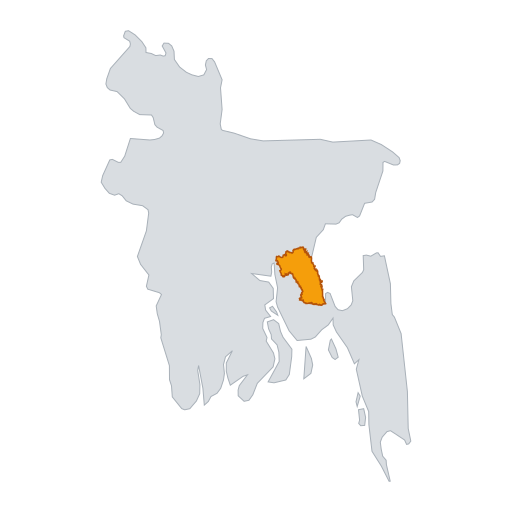 Comilla, Chittagong, Bangladesh shown in context
{"feature_id": "16705992B59490572634285", "entity_name": "Comilla", "entity_type": "district", "adm_level": 2, "iso_a3": "BGD", "parent_name": "Bangladesh", "parent_adm1": "Chittagong", "projection": "robinson", "projection_center": [90.953, 23.422], "detail": "fine", "context": "in_parent", "style": "filled", "palette": "amber", "viewbox_px": 512, "rotation_deg": 0, "n_neighbors": 0, "source": "geoboundaries", "source_scale": "gbopen_adm2", "svg_char_len": 9469}
<svg xmlns="http://www.w3.org/2000/svg" viewBox="0 0 512 512"><path d="M169.5,379.7L169.4,365.6L160.8,337.8L161.3,334.7L159.5,321.3L157.3,313.8L156.2,305.9L161.5,294.5L159.4,292.7L147.8,289.2L146.4,286.3L148.9,275.0L140.6,264.4L137.4,256.5L146.4,230.9L148.7,213.1L148.0,209.7L142.6,205.7L133.0,204.1L126.2,200.8L122.2,195.8L118.8,193.7L114.6,195.2L109.3,193.3L104.9,188.3L101.2,182.2L102.7,175.6L109.8,159.9L112.4,159.4L118.4,162.4L120.7,162.4L124.7,156.2L130.4,138.5L149.9,140.0L154.6,139.5L159.5,138.1L162.1,135.8L163.6,133.0L163.1,130.5L157.1,127.2L154.9,124.7L153.2,117.6L151.5,115.0L139.7,114.6L133.7,111.3L130.3,108.4L124.4,98.8L117.1,91.6L110.0,90.0L107.3,87.6L105.9,84.0L106.8,78.7L110.4,68.5L129.9,46.5L130.4,44.0L129.7,41.2L124.0,37.7L123.6,35.9L125.3,31.3L128.5,30.7L135.1,34.9L141.9,41.7L145.9,47.8L146.0,52.5L151.3,53.5L155.7,55.6L160.3,55.0L163.2,56.1L165.2,55.7L166.0,53.0L162.2,46.0L164.0,43.1L168.5,43.3L171.7,45.9L174.0,51.2L174.4,59.5L179.6,67.0L186.4,72.3L191.8,74.8L198.3,76.5L203.8,74.9L206.6,69.6L205.4,65.0L206.3,60.8L208.5,58.5L212.0,58.6L214.6,61.9L222.1,79.8L220.5,87.8L222.1,109.5L220.2,123.9L221.3,129.4L222.6,130.4L234.0,133.1L250.5,138.8L263.2,140.9L320.3,139.3L332.8,142.1L371.0,140.0L381.4,144.6L392.7,152.0L399.1,157.6L400.2,160.7L399.6,163.4L397.4,164.9L393.5,165.0L384.6,161.4L383.0,162.4L382.9,171.0L375.7,192.6L374.6,199.3L372.1,202.0L364.6,203.3L359.6,215.9L357.5,217.5L352.5,214.7L349.5,215.2L345.6,216.3L341.7,219.2L339.1,222.8L336.0,224.1L325.4,223.8L323.3,229.7L316.3,237.3L311.5,257.6L311.8,263.8L317.8,280.0L321.9,300.9L323.5,303.1L325.5,303.3L325.6,293.6L327.6,292.4L330.1,293.5L335.1,306.4L338.0,309.7L342.4,310.7L347.5,308.7L351.2,304.9L352.8,300.8L351.4,286.7L353.8,280.9L362.5,272.4L363.7,269.7L363.2,255.6L366.4,255.1L370.8,256.2L376.4,252.9L378.1,252.8L380.5,256.4L384.4,255.8L390.4,283.8L390.9,303.6L392.3,314.6L394.4,317.1L401.1,333.6L407.4,391.7L408.2,428.5L410.8,441.1L408.7,443.9L406.6,444.4L404.6,440.0L390.5,430.7L387.0,431.6L382.2,437.1L380.3,442.1L381.2,449.2L382.7,456.2L386.1,460.2L386.4,464.6L390.2,481.2L389.1,481.3L381.4,466.2L372.0,451.3L368.9,424.7L368.7,411.6L362.3,396.1L356.3,369.2L358.9,359.7L354.4,363.8L347.4,347.7L336.4,331.9L333.2,324.9L333.0,318.1L328.3,324.9L321.8,329.7L315.3,337.0L310.9,339.2L297.1,340.5L289.1,330.8L277.6,307.1L276.1,301.7L277.6,287.8L274.9,274.6L274.1,263.0L272.1,264.0L271.3,267.2L271.7,272.1L270.9,276.2L251.6,273.5L259.8,280.5L268.7,282.1L273.2,288.3L273.5,298.6L264.8,304.9L265.6,310.1L270.6,316.5L264.5,318.3L262.9,322.5L262.7,328.4L267.0,337.5L266.2,341.1L273.5,353.0L274.9,358.8L273.1,366.9L257.3,383.3L252.8,394.8L248.9,400.3L244.1,401.3L238.2,395.8L238.1,390.1L239.3,385.6L247.5,374.8L243.1,376.3L230.3,385.2L227.9,378.0L226.3,371.2L226.3,363.0L232.4,350.7L225.5,356.8L223.5,364.5L224.4,373.5L223.5,379.9L220.7,388.3L217.0,393.3L211.0,396.5L208.3,401.5L204.3,405.1L202.9,388.3L198.6,365.5L197.7,370.4L199.9,384.5L199.7,393.7L196.4,401.0L189.8,408.7L184.7,409.8L181.7,408.6L172.3,396.9L171.5,385.8L169.5,379.7ZM285.8,380.0L274.0,382.8L268.1,381.9L279.2,361.5L278.9,352.3L277.1,344.9L271.5,338.9L271.2,334.6L268.6,328.8L267.3,321.9L273.6,319.7L278.7,323.6L280.5,331.4L283.0,337.2L291.9,349.2L291.7,356.6L289.3,374.5L285.8,380.0ZM310.9,373.4L303.8,378.8L306.1,346.5L311.4,358.5L312.7,365.0L310.9,373.4ZM338.2,357.2L335.1,359.5L332.2,357.5L328.4,349.9L330.3,340.3L331.4,339.0L335.9,348.8L338.2,357.2ZM364.7,425.4L360.7,425.7L358.7,423.4L359.6,420.2L358.5,409.7L363.7,408.7L365.6,417.4L364.7,425.4ZM360.2,396.1L357.2,406.5L356.0,401.8L358.1,392.7L360.2,396.1ZM276.6,312.0L277.8,315.3L271.3,311.0L269.6,307.9L272.5,306.3L276.6,312.0Z" fill="#d9dde1" stroke="#a8b0b8" stroke-width="1"/><path d="M283.3,255.1L282.8,257.1L282.6,257.3L282.0,257.5L281.2,257.4L280.4,257.2L279.0,256.1L278.6,256.1L278.4,256.3L278.3,256.6L277.8,256.7L276.6,256.5L276.4,256.9L276.4,258.5L275.9,260.7L276.6,261.0L277.4,260.7L278.4,262.9L278.3,263.2L277.5,263.0L277.0,263.2L276.9,263.4L277.0,264.2L277.4,264.4L278.5,264.6L279.7,265.6L279.9,266.5L280.6,268.1L281.3,268.9L281.3,269.4L281.1,269.9L279.8,270.7L280.1,271.3L280.5,272.4L281.2,273.6L281.3,275.2L281.6,275.3L282.0,275.6L282.5,275.8L282.6,276.2L282.9,276.7L283.1,276.7L282.8,276.0L283.0,275.7L283.9,276.1L284.1,276.7L284.4,276.6L284.4,276.3L284.7,276.2L284.8,275.9L284.7,275.7L284.9,275.6L285.3,275.0L285.3,274.1L285.6,274.4L285.8,274.3L285.7,274.6L285.9,274.5L286.1,274.6L286.2,274.9L286.8,274.9L286.8,275.0L286.5,275.0L286.4,275.2L286.9,275.3L287.3,274.7L287.3,274.2L287.6,274.2L288.0,274.6L288.1,274.2L288.5,274.2L288.6,273.9L288.5,273.6L288.5,273.0L288.9,272.9L289.5,272.9L289.5,272.4L290.1,272.4L289.9,272.1L290.1,272.0L290.5,272.4L290.6,272.6L290.8,272.9L290.7,273.3L291.1,273.3L291.5,273.8L292.0,273.7L292.2,273.8L292.5,273.7L292.6,274.1L292.8,274.4L292.9,275.0L293.4,277.3L293.9,277.3L293.9,278.2L294.1,278.3L294.6,278.2L294.6,278.4L294.8,278.4L294.7,278.7L294.8,278.9L295.2,278.8L295.3,279.1L295.5,279.1L296.0,279.7L296.1,280.4L296.3,280.6L296.0,280.8L296.2,281.4L296.2,282.0L297.0,282.1L297.1,282.4L297.3,282.3L297.5,281.9L297.8,281.9L297.9,282.6L297.8,283.2L298.0,283.3L298.2,283.9L298.7,284.0L298.9,284.2L299.1,284.7L299.1,285.7L299.5,286.0L299.4,286.7L299.7,286.8L299.8,286.5L300.4,286.3L300.4,286.7L300.6,287.0L300.7,287.6L300.9,287.7L301.0,288.2L301.3,288.0L301.5,288.5L301.5,289.0L301.7,289.7L302.3,289.8L302.4,290.2L302.3,290.7L302.8,291.2L302.5,292.0L302.2,292.3L301.8,292.5L301.8,292.8L301.6,293.0L301.7,293.8L301.9,293.8L301.9,293.6L302.0,293.9L301.3,294.1L301.3,294.4L301.5,294.5L300.7,294.9L300.7,295.1L301.1,295.4L301.0,295.8L301.2,296.0L301.1,296.3L301.2,296.5L301.1,297.0L301.4,297.0L301.5,297.1L301.3,297.5L301.5,297.6L301.3,297.8L301.4,298.0L300.5,298.1L299.9,298.1L299.5,298.4L299.4,298.7L299.8,299.1L299.7,299.9L300.5,299.7L300.8,300.2L301.6,300.0L302.1,300.2L302.1,300.5L302.3,300.8L302.6,300.7L302.7,300.3L303.1,300.1L303.6,302.0L303.9,302.1L304.1,302.6L304.8,302.7L305.1,303.0L305.5,302.9L306.1,303.1L306.1,303.5L308.1,303.4L308.4,303.2L309.1,303.3L309.2,303.1L309.4,303.3L309.8,303.1L310.1,303.3L310.2,302.9L310.8,302.7L310.9,302.8L311.0,302.6L311.5,302.5L311.8,302.7L311.7,302.8L312.0,303.2L312.0,303.6L312.3,303.5L312.7,303.8L312.9,303.9L313.0,304.3L313.5,304.4L314.1,304.4L314.2,304.1L314.4,304.2L314.5,303.9L315.2,303.9L315.3,303.9L315.4,304.4L315.6,304.4L315.7,304.6L315.7,304.1L315.9,303.9L316.0,304.1L316.6,303.9L316.7,304.2L316.6,304.5L318.5,304.9L318.9,304.7L319.0,304.9L319.2,304.7L319.4,304.4L319.6,304.5L319.6,304.8L319.9,304.8L320.0,305.0L320.5,304.9L320.7,305.2L321.0,305.3L321.5,305.2L321.9,305.2L322.0,304.6L322.7,304.2L323.0,303.9L323.2,304.1L323.8,303.7L324.2,303.9L325.5,303.8L325.7,303.7L324.1,301.1L324.1,299.8L323.7,299.9L323.7,299.0L323.4,298.8L323.1,297.1L322.5,296.7L322.6,295.9L322.5,290.6L322.2,290.4L322.1,289.9L322.6,289.8L322.7,289.4L322.1,289.4L321.5,287.5L321.9,287.3L322.0,287.1L321.0,286.7L320.9,286.3L321.4,285.7L321.9,285.9L321.8,285.2L321.5,284.6L320.6,284.6L320.2,284.2L320.6,282.5L321.2,282.3L321.6,282.4L321.6,281.6L322.1,281.6L322.2,281.0L321.9,280.9L321.0,281.7L320.3,281.7L320.5,280.9L320.0,280.8L319.8,280.1L320.5,280.1L320.5,279.9L320.4,279.6L320.1,279.8L319.9,279.7L319.5,279.7L319.3,276.7L318.4,276.0L318.9,275.6L318.0,274.6L317.9,274.2L317.6,273.7L317.8,273.4L317.8,273.1L317.6,272.9L317.7,271.6L317.5,270.9L316.6,271.0L316.7,270.5L316.5,270.4L316.6,270.0L315.7,270.3L315.4,270.1L315.7,269.0L314.7,269.2L314.2,268.5L314.7,266.7L315.0,266.6L315.0,266.2L314.8,266.3L314.9,266.5L314.7,266.6L314.3,266.2L314.1,266.4L313.8,266.4L313.8,265.2L313.3,264.4L313.3,264.1L312.5,263.4L312.7,262.9L312.1,262.9L311.6,262.7L311.7,262.2L311.5,261.4L311.5,261.2L311.3,260.6L311.4,260.0L311.5,259.9L311.4,259.1L311.6,258.1L311.2,256.9L311.0,256.7L310.7,256.9L310.3,256.9L310.3,257.2L310.2,257.3L310.1,257.2L309.7,257.3L309.6,257.0L309.3,257.0L309.4,256.8L308.9,256.5L308.9,256.4L309.1,256.5L309.3,256.0L309.2,255.9L308.9,256.2L309.0,256.0L308.8,255.9L308.9,255.5L308.7,255.9L308.8,255.3L308.6,255.1L308.8,254.9L308.7,254.8L308.5,255.0L308.4,255.1L308.2,254.9L307.8,254.9L308.1,254.6L308.1,254.2L308.0,254.4L307.6,254.2L308.0,254.1L307.8,253.8L307.6,254.0L307.4,254.0L307.5,253.7L308.0,253.6L308.1,253.3L307.2,253.5L307.3,253.2L307.2,253.0L306.6,253.3L306.4,252.8L306.1,252.7L306.4,252.6L306.5,252.2L306.3,252.4L306.1,252.2L306.1,252.3L306.0,252.6L305.7,252.3L306.0,251.7L305.8,251.9L305.6,251.9L305.5,252.1L305.3,252.0L305.2,251.9L305.4,251.8L305.6,251.4L305.4,251.4L305.1,251.7L305.1,251.4L305.2,250.9L304.9,251.2L304.6,250.9L305.1,250.1L304.5,250.4L304.5,250.2L304.7,249.7L304.4,249.7L304.2,250.0L304.1,249.9L304.4,249.4L303.9,249.6L303.7,249.6L303.6,249.2L303.9,249.3L304.0,248.9L303.8,248.4L303.7,248.4L303.6,248.7L303.4,248.6L303.3,248.1L303.5,248.0L303.5,247.9L303.1,247.1L302.6,247.1L301.0,247.7L300.8,247.2L300.4,247.2L300.6,247.7L298.8,248.1L298.5,248.1L298.0,248.3L298.0,248.8L297.4,248.8L297.1,248.6L295.0,249.5L294.9,249.2L294.1,249.3L293.9,249.9L293.5,249.9L293.4,250.1L293.0,250.4L293.2,251.7L293.0,252.3L292.9,252.5L292.1,253.1L291.9,252.7L291.1,252.7L290.7,252.4L289.8,252.6L289.7,252.6L289.8,252.8L289.2,252.3L289.1,251.9L288.4,251.9L288.0,251.6L287.9,251.1L287.2,250.9L287.1,251.3L286.9,251.2L286.5,251.7L285.9,251.9L286.0,252.4L285.6,253.4L285.7,254.0L286.1,254.2L286.4,254.8L286.4,255.3L286.2,255.7L285.7,255.8L285.3,255.7L285.1,255.4L285.0,254.8L284.8,254.6L284.6,254.6L284.3,254.9L283.3,255.1Z" fill="#f59e0b" stroke="#b45309" stroke-width="1.5"/></svg>